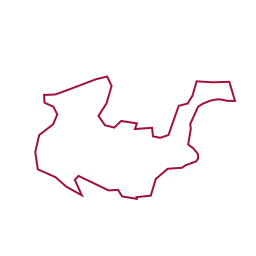 James City, Virginia, United States of America, rotated 291°
{"feature_id": "52423323B62704656861756", "entity_name": "James City", "entity_type": "district", "adm_level": 2, "iso_a3": "USA", "parent_name": "United States of America", "parent_adm1": "Virginia", "projection": "orthographic", "projection_center": [-76.748, 37.317], "detail": "fine", "context": "isolated", "style": "outline", "palette": "rose", "viewbox_px": 256, "rotation_deg": 291, "n_neighbors": 0, "source": "geoboundaries", "source_scale": "gbopen_adm2", "svg_char_len": 886}
<svg xmlns="http://www.w3.org/2000/svg" viewBox="0 0 256 256"><g transform="rotate(291 128 128)"><path d="M128.8,37.8L121.7,41.0L121.1,50.8L115.3,57.1L104.6,56.8L89.6,47.6L72.4,50.0L57.1,58.6L56.1,78.0L51.1,91.5L48.6,109.0L60.5,97.0L65.5,98.9L62.8,132.3L66.7,140.9L62.0,147.0L65.0,161.7L66.5,160.7L73.0,173.5L90.4,172.2L92.0,173.1L104.1,179.6L106.5,184.7L110.3,192.8L113.6,194.8L121.2,203.5L124.7,204.4L128.3,202.9L129.7,201.2L132.5,195.9L134.1,190.1L149.4,187.0L154.1,184.7L172.9,185.8L177.1,188.8L182.5,194.4L185.7,199.2L187.6,203.1L189.0,211.1L191.6,218.2L207.4,206.1L200.8,190.1L196.2,175.4L181.1,176.6L172.2,174.9L166.9,167.4L136.0,168.3L130.4,161.6L129.2,154.3L136.8,150.4L129.5,134.8L135.5,134.7L132.1,119.1L123.5,115.0L122.3,105.6L128.7,96.1L143.2,99.1L161.4,97.6L168.6,90.1L162.1,80.7L143.0,59.3L133.1,47.9L128.8,37.8Z" fill="none" stroke="#9f1239" stroke-width="2"/></g></svg>